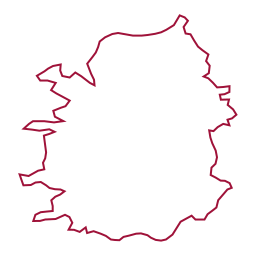 the district of Boa Esperança do Iguaçu, Paraná, Brazil
{"feature_id": "56859067B49303915936139", "entity_name": "Boa Esperança do Iguaçu", "entity_type": "district", "adm_level": 2, "iso_a3": "BRA", "parent_name": "Brazil", "parent_adm1": "Paraná", "projection": "albers", "projection_center": [-53.234, -25.634], "detail": "fine", "context": "isolated", "style": "outline", "palette": "rose", "viewbox_px": 256, "rotation_deg": 0, "n_neighbors": 0, "source": "geoboundaries", "source_scale": "gbopen_adm2", "svg_char_len": 1932}
<svg xmlns="http://www.w3.org/2000/svg" viewBox="0 0 256 256"><path d="M215.5,163.8L217.0,157.3L215.7,150.6L212.3,143.3L210.4,137.6L209.2,130.4L213.5,131.1L217.7,127.1L223.2,123.9L229.4,125.3L227.5,119.7L232.0,118.4L236.4,114.7L233.1,109.4L227.7,104.9L229.0,99.5L220.9,99.7L219.8,94.7L224.5,94.2L229.4,92.0L229.5,86.2L223.2,87.0L217.1,87.4L212.9,82.7L208.3,78.3L203.7,76.5L208.8,73.2L209.7,65.7L206.1,61.1L208.4,54.5L202.3,50.1L198.0,46.6L194.1,40.5L190.5,34.3L185.6,33.5L183.6,27.0L187.9,20.8L184.7,17.4L179.7,15.4L173.9,25.1L166.3,29.8L161.1,32.3L155.2,33.8L147.6,35.0L141.7,35.6L132.9,35.6L118.1,33.0L112.3,34.0L105.1,37.3L99.7,41.5L98.1,47.1L95.8,52.5L92.4,57.1L87.2,63.7L91.1,73.8L94.0,79.7L94.5,85.3L89.9,82.9L81.2,76.2L75.3,72.5L69.7,77.5L62.3,76.0L60.2,70.5L60.7,64.5L53.0,66.0L48.1,68.6L44.5,71.3L36.9,75.8L40.2,80.5L47.4,80.5L55.7,82.9L51.1,90.1L56.3,93.4L62.3,96.6L69.7,100.6L65.5,106.2L61.0,107.7L53.3,110.8L54.9,116.7L63.4,121.1L54.0,122.4L44.3,121.2L33.0,121.2L29.0,123.9L23.7,128.7L32.0,129.6L39.4,130.7L49.3,129.3L54.6,131.8L49.4,133.9L43.9,135.6L46.1,152.4L45.2,158.3L43.0,162.8L44.3,169.3L38.1,170.7L28.6,176.0L19.6,174.4L21.2,179.1L23.4,185.3L30.8,185.0L35.5,182.5L40.8,182.0L46.1,185.3L49.5,188.0L54.9,189.2L60.5,189.5L64.5,191.3L60.1,194.6L55.3,196.7L51.3,200.3L52.7,206.0L52.7,211.0L47.3,211.5L40.7,212.2L35.4,214.8L33.3,221.0L40.1,220.9L45.3,219.5L55.6,219.0L65.0,214.8L69.4,217.0L72.3,222.8L68.6,229.7L74.0,229.8L79.7,231.9L85.7,227.4L87.1,233.0L93.6,231.2L100.7,233.7L105.9,235.9L110.9,239.5L115.0,240.0L119.4,240.2L123.5,236.9L128.7,235.7L136.1,233.7L141.0,233.4L147.5,235.2L150.9,237.7L155.7,239.9L161.1,240.6L166.0,239.5L172.5,234.6L180.6,221.7L191.6,215.7L195.4,219.5L204.5,219.5L207.6,214.2L212.7,210.4L216.4,207.5L218.2,200.2L223.3,194.3L227.4,189.5L231.7,187.8L229.6,183.1L224.9,180.8L220.6,180.6L215.7,177.6L210.7,175.0L211.5,167.6L215.5,163.8Z" fill="none" stroke="#9f1239" stroke-width="2"/></svg>